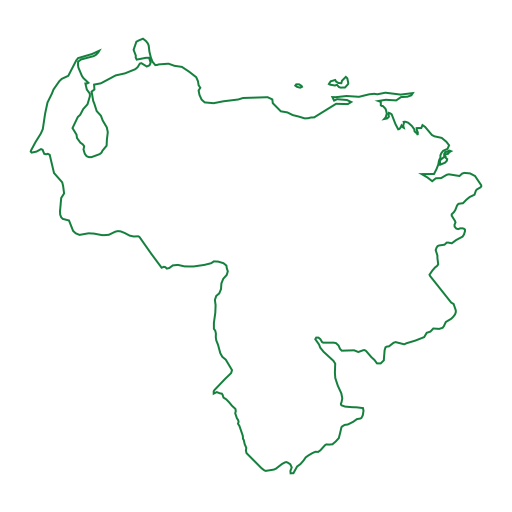 the border of Venezuela
{"feature_id": "VEN", "entity_name": "Venezuela", "entity_type": "country or territory", "adm_level": 0, "iso_a3": "VEN", "parent_name": "South America", "parent_adm1": "", "projection": "robinson", "projection_center": [-65.797, 6.433], "detail": "fine", "context": "isolated", "style": "outline", "palette": "green", "viewbox_px": 512, "rotation_deg": 0, "n_neighbors": 0, "source": "natural_earth", "source_scale": "50m", "svg_char_len": 5944}
<svg xmlns="http://www.w3.org/2000/svg" viewBox="0 0 512 512"><path d="M475.0,176.0L481.2,185.2L481.3,186.2L480.6,187.3L476.8,189.5L475.9,190.6L474.5,194.7L469.7,197.0L466.3,199.8L463.0,203.2L458.5,203.8L457.1,205.4L455.3,210.0L454.0,212.0L451.7,214.3L451.7,215.7L454.9,220.8L455.5,222.4L454.5,224.8L454.6,226.6L456.3,228.6L458.3,229.1L460.2,228.3L462.6,228.3L464.2,228.9L464.9,229.5L465.0,231.1L464.0,234.4L462.6,236.6L456.2,240.0L451.8,243.3L448.4,242.6L446.7,242.6L444.5,244.7L439.0,245.5L437.6,246.1L436.5,247.8L435.7,250.1L437.4,255.5L437.4,257.8L438.2,264.3L437.2,265.8L435.0,267.5L432.4,270.5L429.5,274.7L430.0,275.9L451.2,302.6L453.6,304.0L455.8,310.4L455.8,312.1L455.1,314.3L453.3,316.7L451.3,318.7L445.8,322.0L443.8,326.3L442.6,327.8L439.2,328.9L433.3,328.5L430.4,331.6L426.7,332.8L424.2,337.1L415.3,340.6L406.6,343.2L404.2,344.3L395.6,342.1L393.5,342.8L388.9,346.4L387.1,346.5L385.5,347.3L384.6,350.3L383.8,360.4L380.7,363.4L377.0,363.4L374.4,359.9L371.4,357.2L366.1,351.0L364.6,350.1L363.3,350.2L358.3,352.0L354.1,350.3L341.8,350.7L340.1,349.0L338.5,345.5L336.1,343.2L334.0,342.7L323.3,342.7L322.1,342.1L320.3,339.1L318.4,337.6L316.2,337.6L315.3,339.2L319.1,344.6L320.2,347.6L323.6,351.8L333.4,360.8L335.2,363.6L334.9,372.8L335.3,378.1L337.8,385.7L341.3,393.3L342.3,398.3L341.6,401.9L340.9,403.8L341.0,404.7L341.7,405.4L345.1,406.6L352.2,407.2L356.4,407.3L363.0,408.1L363.5,410.8L362.8,415.2L361.5,417.8L360.5,418.5L356.9,419.1L353.2,421.8L347.8,424.5L344.7,424.9L342.3,426.3L341.4,427.3L340.3,432.3L338.8,438.1L335.7,441.5L332.4,444.3L329.1,444.6L326.4,444.4L325.0,445.2L320.3,450.4L318.2,451.9L315.3,451.8L312.2,453.2L308.3,455.5L305.7,457.4L303.5,460.6L300.4,464.1L297.1,466.5L293.4,473.2L290.6,473.3L290.4,471.0L291.7,467.4L290.3,464.3L287.7,462.6L286.4,462.1L285.2,462.3L282.1,463.9L275.9,468.7L273.8,469.6L265.7,470.9L264.2,470.3L261.5,468.2L246.5,453.1L245.9,450.5L246.3,447.9L244.7,444.2L243.8,440.1L243.0,438.8L242.8,435.8L239.4,425.9L238.0,423.7L238.6,421.8L238.0,419.8L236.9,418.3L235.2,413.2L235.8,411.1L235.4,408.9L232.0,405.8L229.3,402.5L226.2,399.3L223.5,397.6L222.5,394.6L221.8,393.6L220.1,393.4L216.8,392.1L213.7,393.6L213.7,391.3L214.6,389.9L225.2,378.8L230.6,373.6L231.2,372.9L232.0,370.1L225.8,359.7L222.3,356.8L220.3,353.2L218.0,344.7L216.3,340.5L215.8,337.3L215.9,333.6L215.3,330.8L213.9,328.8L213.9,322.8L215.3,312.8L215.6,305.2L214.9,300.0L216.2,296.0L219.3,293.3L221.0,289.1L221.4,283.4L223.3,278.7L226.7,275.0L227.8,271.4L226.7,267.8L226.4,265.6L223.5,263.2L218.2,261.6L213.8,261.4L211.2,263.2L204.4,264.9L193.4,266.5L184.6,266.4L177.9,264.9L172.8,265.4L169.3,268.0L166.8,268.6L165.4,267.2L163.9,266.8L161.6,267.7L151.2,253.7L139.4,236.9L138.2,236.3L133.7,236.5L129.6,235.6L124.7,233.0L120.7,231.4L118.0,231.1L115.5,231.6L108.8,234.8L104.9,235.1L101.9,235.1L94.0,233.6L88.5,233.3L79.5,234.9L75.7,233.3L73.1,230.9L69.0,220.5L62.8,218.9L61.2,217.3L60.2,214.7L60.0,211.4L61.2,198.0L64.1,193.4L63.1,185.9L62.2,182.3L54.0,173.0L49.7,154.8L47.8,153.8L46.1,154.3L44.2,153.8L42.6,149.8L41.0,149.1L36.5,151.6L31.7,152.6L30.7,151.6L31.1,150.3L35.5,142.1L40.8,133.6L42.8,129.1L45.1,113.7L47.5,102.5L51.9,93.6L53.5,89.5L59.3,81.2L61.7,78.9L68.3,75.8L76.2,60.5L78.1,58.1L92.1,54.0L99.3,50.7L98.3,52.4L96.1,54.7L93.7,56.1L81.0,59.5L78.1,61.7L78.0,65.0L78.4,67.6L82.0,76.1L83.5,78.2L88.4,82.8L87.3,83.4L85.4,83.5L86.8,89.5L89.8,93.6L89.9,96.2L87.5,104.3L83.2,109.1L80.2,114.8L77.8,117.0L72.5,128.1L76.5,134.6L77.0,138.0L80.4,142.7L82.7,144.3L84.2,146.2L83.5,149.5L84.8,153.8L86.6,156.2L88.8,157.1L91.6,157.1L99.5,154.2L101.4,152.8L102.6,150.5L106.6,145.7L106.9,139.6L107.8,132.2L106.8,127.4L102.7,120.5L100.9,115.7L96.7,111.1L94.2,103.3L93.2,100.9L91.6,91.6L94.4,89.5L94.1,84.6L100.9,83.3L115.7,75.4L124.9,73.4L135.3,69.2L137.7,67.1L139.8,63.6L141.4,63.2L146.8,66.5L149.5,65.3L150.6,62.8L149.1,57.8L146.0,57.8L136.7,59.6L135.7,57.5L135.8,55.6L133.6,49.8L136.4,41.7L139.1,40.3L143.0,38.7L146.0,41.1L147.8,43.4L148.7,45.6L149.4,51.6L150.9,57.7L152.6,61.9L155.3,65.1L157.3,64.9L158.8,64.4L168.5,63.7L174.4,65.8L181.9,66.9L189.0,71.6L196.2,77.2L198.0,81.3L198.6,85.2L200.3,87.8L198.6,90.5L199.5,95.0L201.6,99.6L204.7,102.4L213.6,103.2L223.3,101.3L238.2,99.5L243.0,98.0L267.6,97.2L272.3,99.4L272.8,103.2L280.8,111.3L287.3,112.4L292.8,115.1L298.5,116.5L304.8,118.4L308.3,118.2L310.9,117.5L314.1,117.4L336.1,103.8L347.8,104.1L351.2,102.0L346.9,100.0L337.1,99.2L334.1,100.6L332.4,97.1L335.6,97.2L346.5,96.0L359.0,96.8L369.2,94.3L374.3,93.8L377.3,94.3L385.4,92.7L400.7,94.6L412.8,93.1L411.4,95.3L407.4,96.7L401.0,97.1L396.2,100.4L385.7,99.8L378.4,101.0L380.8,101.9L380.8,105.3L381.8,106.0L382.8,106.0L385.3,108.5L386.0,110.1L386.8,113.6L385.7,117.3L384.2,119.0L387.2,118.4L388.9,116.7L388.6,114.9L388.9,112.9L390.5,113.5L391.7,114.4L395.5,124.2L398.2,129.3L399.5,128.9L400.3,127.9L401.5,125.5L402.5,127.1L403.8,127.8L403.2,125.6L404.0,122.8L403.7,121.9L404.9,121.7L406.3,122.0L408.3,122.8L411.9,126.0L414.3,129.3L414.5,131.2L415.4,132.2L416.9,133.3L417.7,135.0L417.8,132.3L416.9,130.4L416.7,128.1L421.3,128.0L422.5,125.1L425.1,126.9L431.9,135.0L434.4,136.3L441.7,137.9L446.4,141.8L449.1,145.3L447.5,148.9L443.2,150.8L441.4,153.1L440.4,155.3L440.4,157.6L439.1,160.2L438.2,164.8L436.4,169.3L434.0,174.0L421.7,174.1L427.5,177.5L432.2,181.2L435.8,178.3L441.1,178.1L446.7,174.8L448.9,174.3L459.5,176.0L462.1,173.6L464.2,172.9L470.0,173.4L475.0,176.0ZM347.3,78.3L348.3,83.2L348.0,84.2L345.0,87.5L340.5,87.6L338.9,87.0L336.9,84.8L335.0,85.5L330.2,84.7L328.9,84.0L330.7,81.3L335.2,80.0L336.1,81.6L338.5,83.0L341.3,83.2L342.0,80.7L345.8,76.9L347.3,78.3ZM445.0,162.7L440.2,164.7L439.9,160.9L440.5,159.9L445.0,156.2L445.7,156.9L445.5,157.7L447.2,159.1L446.8,160.8L445.0,162.7ZM302.0,86.8L300.2,87.7L296.9,86.8L295.3,85.6L296.3,84.3L299.0,84.3L301.5,85.9L302.0,86.8ZM448.2,153.7L444.2,154.9L444.2,153.9L445.3,152.1L447.4,151.7L448.1,151.1L449.5,150.6L451.0,151.2L449.2,152.2L448.2,153.7Z" fill="none" stroke="#15803d" stroke-width="2"/></svg>